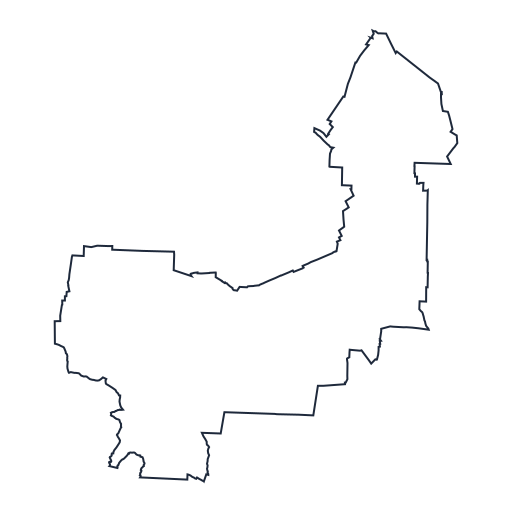 outline of Calera, Zacatecas, Mexico
{"feature_id": "50627088B82170663698753", "entity_name": "Calera", "entity_type": "district", "adm_level": 2, "iso_a3": "MEX", "parent_name": "Mexico", "parent_adm1": "Zacatecas", "projection": "natural_earth1", "projection_center": [-102.752, 22.979], "detail": "fine", "context": "isolated", "style": "outline", "palette": "slate", "viewbox_px": 512, "rotation_deg": 0, "n_neighbors": 0, "source": "geoboundaries", "source_scale": "gbopen_adm2", "svg_char_len": 6015}
<svg xmlns="http://www.w3.org/2000/svg" viewBox="0 0 512 512"><path d="M203.9,481.3L206.3,474.3L208.3,474.9L208.3,474.1L207.5,472.2L207.8,471.3L207.4,470.5L207.0,468.8L207.4,467.3L207.6,465.3L207.0,463.8L207.6,461.2L207.7,459.1L208.7,456.4L209.1,455.2L208.2,453.3L207.8,450.7L208.3,448.7L209.1,447.1L208.1,445.6L206.9,444.7L206.7,443.4L206.7,441.7L205.2,439.0L203.5,436.4L201.9,432.8L220.7,433.5L224.4,412.2L274.5,413.9L277.0,414.2L298.7,414.7L313.3,415.4L317.9,385.8L323.3,385.8L345.0,384.2L344.9,382.6L345.7,382.6L347.4,379.2L347.3,375.7L347.5,363.0L347.0,359.4L347.0,358.7L347.2,358.4L349.3,357.3L349.5,352.3L349.7,349.7L351.2,349.9L360.1,350.7L361.5,350.3L368.7,360.0L371.2,363.6L375.4,359.3L375.7,359.3L376.4,359.7L376.9,359.6L378.1,355.0L378.6,350.4L378.6,346.9L379.9,346.6L379.6,344.0L380.2,343.9L379.8,341.0L381.0,340.8L379.7,339.0L380.1,338.7L381.2,331.4L381.2,328.8L390.2,326.4L393.0,326.7L403.9,327.3L406.3,327.2L412.2,327.6L418.7,328.3L428.7,329.7L428.3,328.5L427.1,327.1L426.1,325.8L425.4,323.5L425.0,321.5L424.4,320.3L423.6,316.4L423.0,314.5L422.7,313.3L422.2,312.2L420.9,311.1L419.3,309.2L419.6,301.3L426.1,301.6L426.2,287.2L427.6,287.3L427.8,276.7L428.0,272.9L427.6,272.8L427.8,261.5L427.2,261.4L427.2,259.8L426.6,259.9L427.3,222.3L427.4,204.6L427.8,190.2L427.3,190.6L423.1,190.7L423.3,185.0L423.5,182.9L419.9,182.9L419.5,183.2L419.4,183.7L419.1,183.8L416.9,183.6L417.1,176.7L415.0,176.7L415.0,173.3L414.4,173.2L414.6,166.2L414.4,166.1L414.6,162.8L450.7,164.0L447.1,156.5L453.3,148.3L454.6,146.9L457.3,143.1L456.7,135.4L455.0,134.5L450.6,131.8L452.5,129.1L450.5,121.0L449.1,115.5L447.9,111.8L442.9,111.0L441.4,104.0L441.0,97.3L441.0,94.0L441.8,94.1L441.7,92.0L440.9,92.0L438.0,83.5L429.5,77.4L396.8,51.5L395.7,53.1L391.0,43.7L386.1,33.6L379.3,33.3L378.7,33.4L378.1,33.3L377.1,32.6L375.9,31.5L375.4,31.2L374.3,31.3L373.7,31.2L372.7,30.7L373.7,33.8L372.1,36.1L372.6,38.3L370.6,37.7L370.7,37.8L366.1,44.4L368.7,45.1L364.2,50.4L360.1,55.8L356.2,62.6L355.4,62.5L350.4,77.5L347.9,83.8L344.5,96.8L343.3,96.5L327.5,119.8L331.4,121.4L329.7,124.0L332.8,127.1L330.4,130.3L328.1,133.9L328.8,134.3L326.4,136.8L323.5,133.1L320.0,130.6L314.4,128.1L314.1,131.9L315.7,132.8L317.0,134.3L318.1,135.3L319.5,136.3L320.3,137.0L323.6,140.6L327.7,144.5L328.8,145.2L330.2,147.0L330.6,147.2L333.3,147.7L331.4,149.4L331.1,151.0L330.0,153.6L329.6,159.9L329.4,166.6L329.8,166.8L342.2,167.5L341.9,185.2L351.5,185.6L351.4,189.2L350.6,189.2L353.6,195.7L345.6,201.2L348.7,207.4L343.0,211.1L343.5,219.3L344.2,226.7L339.0,230.5L341.7,235.9L339.0,237.4L340.4,240.2L336.9,241.6L337.7,243.8L336.5,251.2L335.7,251.6L335.3,251.4L333.1,252.4L332.9,252.7L332.4,253.1L317.0,259.7L310.8,262.1L308.1,263.6L303.3,265.6L302.6,266.0L303.6,267.6L303.0,267.9L302.7,268.3L298.1,270.1L293.6,271.9L292.8,270.5L288.7,272.4L281.0,275.6L280.8,275.5L275.2,278.1L269.4,280.5L264.0,282.9L263.6,283.2L261.9,283.8L261.5,284.1L260.9,284.2L259.7,284.8L258.9,285.4L258.0,285.4L254.3,285.8L253.7,286.0L249.1,286.2L247.8,286.4L247.0,287.3L239.6,286.9L237.1,290.7L235.7,290.4L233.9,290.2L232.9,289.4L232.5,288.6L232.5,288.0L229.7,286.1L227.9,284.5L226.7,283.2L224.9,283.1L224.9,282.4L223.9,282.5L221.8,281.2L221.9,280.9L215.7,277.2L215.8,272.9L215.7,272.5L209.7,272.8L209.5,273.0L201.4,273.5L197.5,273.3L197.5,272.4L193.7,272.9L192.1,273.5L192.0,273.4L190.7,273.8L190.5,274.9L191.4,276.1L173.7,270.2L174.2,254.7L174.0,251.7L142.6,250.9L112.2,249.7L112.3,246.0L109.0,246.1L97.2,245.7L91.8,247.0L91.2,247.1L84.0,246.1L83.7,256.0L72.4,255.4L71.9,256.9L70.9,264.0L69.4,274.1L69.1,277.8L68.7,280.2L67.8,282.3L68.4,285.4L68.2,285.6L69.4,291.3L66.7,291.9L66.4,296.2L64.9,296.3L64.9,300.5L62.2,300.5L62.3,304.7L62.1,304.9L61.9,305.0L60.2,315.7L60.3,321.1L54.7,321.2L54.9,343.7L57.5,344.4L59.6,345.2L60.3,345.7L63.2,347.0L63.8,347.4L64.3,348.4L65.6,351.5L65.9,353.3L66.6,353.8L67.0,354.5L67.4,356.2L67.2,357.8L67.3,358.8L67.1,360.0L67.3,361.0L67.7,361.4L67.3,366.5L67.5,368.6L68.5,372.0L69.0,372.8L70.8,372.1L74.5,372.9L76.1,372.9L78.4,373.2L79.2,373.5L81.2,375.6L83.7,376.5L85.8,376.4L86.7,376.6L88.8,378.3L89.9,379.1L91.3,379.5L92.4,379.8L93.7,379.9L95.9,380.5L97.9,380.6L98.4,380.4L99.0,380.4L101.1,379.0L102.9,377.4L106.3,379.0L105.5,380.7L105.8,383.3L106.2,384.0L108.8,385.5L112.4,387.8L115.5,390.0L116.6,392.1L118.0,393.3L119.0,395.4L120.2,395.5L120.1,397.6L119.7,399.4L119.5,401.6L119.8,403.1L120.3,405.5L121.2,407.5L123.0,409.7L121.4,409.9L120.2,409.9L119.6,409.6L118.9,410.0L117.6,410.1L116.4,410.9L115.5,411.0L114.5,411.9L112.9,412.0L111.8,412.3L110.9,412.8L111.2,413.6L111.1,414.8L110.9,415.3L111.5,415.8L113.6,416.6L114.8,417.9L115.5,418.1L116.1,418.8L118.6,419.5L119.4,420.0L119.9,421.8L120.3,422.7L121.0,423.7L120.9,424.0L121.1,424.9L120.9,426.3L121.3,427.2L120.6,428.2L118.3,433.3L117.0,434.5L116.9,435.0L117.3,435.4L117.7,436.6L118.8,438.2L120.0,440.4L119.7,442.3L118.8,443.8L116.4,447.5L114.4,450.0L113.5,451.8L113.3,453.4L112.2,453.4L111.8,453.5L111.6,454.3L111.7,454.8L111.7,455.3L111.5,455.9L110.7,456.6L110.0,456.9L109.7,457.4L110.1,458.4L111.1,460.3L111.3,461.2L111.1,461.8L110.5,462.0L109.5,461.8L109.1,462.1L109.1,462.7L110.0,464.3L109.8,465.8L109.5,466.1L117.4,468.0L117.6,467.1L117.3,466.4L117.6,465.6L117.7,465.4L118.3,465.2L119.2,462.8L121.2,460.4L122.5,459.3L123.2,459.2L124.0,458.6L126.4,456.2L127.3,455.2L128.3,453.5L128.9,453.8L129.1,453.6L129.3,452.8L130.4,452.5L132.2,452.7L133.2,452.5L134.5,452.6L135.2,453.1L136.2,454.3L137.0,454.8L138.7,455.4L139.8,455.3L140.3,455.5L140.3,456.3L140.4,456.7L142.5,457.2L143.1,458.6L143.5,460.6L143.6,461.6L144.4,462.9L144.5,463.7L143.7,464.9L143.9,466.0L142.9,466.6L142.6,467.2L141.6,468.0L141.2,468.7L141.0,469.3L140.8,470.1L141.4,470.5L141.4,471.0L141.0,471.9L140.8,472.5L140.5,472.6L140.2,473.1L140.1,474.7L140.4,475.2L140.0,475.5L140.4,475.9L140.6,476.3L140.4,477.1L140.2,477.4L187.3,479.6L187.5,474.4L188.7,474.7L190.5,475.5L192.3,476.9L193.8,477.5L195.0,478.4L196.2,478.8L197.0,477.5L199.4,479.0L201.0,479.8L202.8,480.9L203.6,480.9L203.9,481.3Z" fill="none" stroke="#1e293b" stroke-width="2"/></svg>